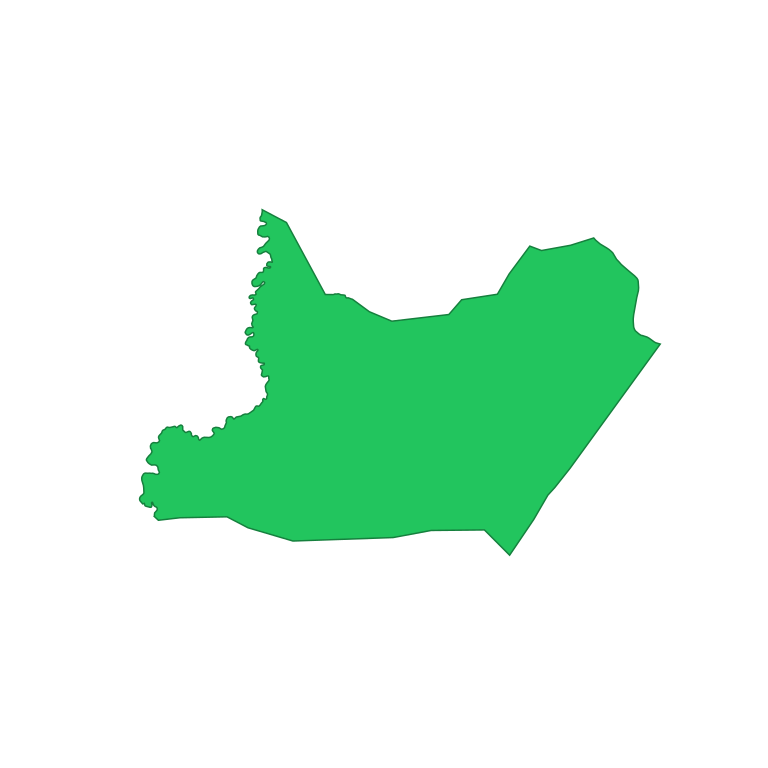 outline of Orxon, Selenge, Mongolia, rotated 321°
{"feature_id": "93677404B79520329035093", "entity_name": "Orxon", "entity_type": "district", "adm_level": 2, "iso_a3": "MNG", "parent_name": "Mongolia", "parent_adm1": "Selenge", "projection": "robinson", "projection_center": [105.368, 49.049], "detail": "fine", "context": "isolated", "style": "filled", "palette": "green", "viewbox_px": 768, "rotation_deg": 321, "n_neighbors": 0, "source": "geoboundaries", "source_scale": "gbopen_adm2", "svg_char_len": 6171}
<svg xmlns="http://www.w3.org/2000/svg" viewBox="0 0 768 768"><g transform="rotate(321 384 384)"><path d="M121.0,325.3L122.6,326.0L122.0,327.2L121.7,328.3L122.1,329.2L124.6,332.6L125.3,333.1L125.8,333.2L126.9,332.6L127.8,331.6L128.5,330.1L129.2,329.9L129.4,330.0L129.6,330.3L128.8,333.0L128.7,333.9L128.9,335.0L129.4,335.9L129.7,337.0L129.4,338.1L128.8,338.8L127.9,339.3L124.7,339.8L123.3,341.1L122.9,341.8L122.1,342.1L122.9,347.9L141.2,359.5L178.4,388.4L187.8,410.1L214.4,448.7L294.5,509.1L328.5,527.5L370.2,560.6L373.9,596.1L415.2,583.5L441.4,573.5L451.8,571.9L475.5,566.6L623.8,526.8L621.1,522.9L620.5,521.4L618.9,515.4L618.0,513.1L615.4,509.1L614.3,507.8L613.6,505.4L612.8,500.9L613.0,499.5L613.5,497.8L614.0,496.7L616.9,492.5L618.7,490.2L621.6,487.3L634.8,475.9L640.4,471.6L642.4,469.5L646.2,464.1L646.8,462.9L647.1,461.0L646.8,457.6L645.1,449.0L643.6,440.4L643.5,437.2L643.2,433.4L644.3,426.1L644.1,424.2L643.5,421.0L642.7,418.4L640.1,411.3L639.0,405.5L638.9,402.5L616.3,393.6L590.4,379.4L584.1,368.6L550.6,377.2L528.6,385.6L497.4,367.4L478.1,370.8L429.6,340.1L418.1,318.6L412.8,298.3L412.2,297.5L410.5,294.6L409.1,293.6L408.8,292.8L409.5,290.6L408.9,289.7L406.6,287.5L405.7,285.7L405.1,285.0L403.9,284.4L402.5,283.1L401.7,283.0L400.6,282.4L394.7,277.5L409.8,197.1L399.0,171.9L397.9,173.4L395.2,175.7L394.4,176.2L392.9,176.5L392.1,177.0L390.7,179.1L390.7,179.4L390.9,179.8L393.2,182.5L393.4,183.4L394.0,184.2L393.6,185.4L393.1,185.8L391.7,185.9L390.8,185.6L389.8,185.1L387.5,183.6L386.0,183.6L383.4,184.6L382.1,185.7L380.6,187.7L380.2,188.5L380.3,189.3L381.1,190.4L382.2,193.2L384.2,194.9L385.3,195.5L386.5,196.0L387.0,197.6L386.7,198.5L386.2,199.2L385.4,199.7L384.6,199.9L380.5,200.3L377.1,201.2L375.6,201.0L373.0,200.0L371.1,200.2L369.7,200.7L368.7,201.6L368.4,202.4L368.4,203.4L368.7,204.2L369.6,204.9L370.7,205.4L372.8,205.6L375.2,206.4L375.8,206.7L376.1,207.5L377.2,211.2L377.0,212.2L375.7,214.7L375.5,216.1L374.6,217.5L374.1,218.8L373.9,219.0L373.6,219.0L372.4,217.5L371.0,216.5L370.4,216.4L368.7,216.8L367.5,218.0L367.5,218.5L368.0,219.7L369.6,221.3L369.5,221.7L369.1,222.0L368.5,222.1L367.4,221.5L365.7,219.2L365.1,218.7L364.1,218.3L363.1,218.5L361.6,220.3L360.5,220.9L359.8,220.8L357.7,219.1L356.6,218.9L355.2,219.1L353.2,219.8L351.4,221.0L350.5,221.0L347.9,220.7L346.9,220.8L345.8,221.4L344.6,222.9L344.2,224.0L344.0,225.0L344.3,226.2L344.9,227.0L347.4,228.6L350.4,229.2L353.8,228.4L354.5,228.4L354.9,228.8L355.2,229.7L355.1,230.2L353.9,230.9L348.9,230.6L346.8,231.1L342.6,231.4L342.1,231.6L341.8,232.0L341.2,233.6L340.8,233.8L339.5,233.5L337.7,231.9L336.0,231.1L334.9,231.2L334.2,231.4L333.5,232.1L333.4,232.5L333.5,233.0L334.0,233.6L334.8,233.8L336.3,234.5L336.3,235.4L335.9,236.1L335.5,236.3L333.3,236.2L332.3,236.4L331.5,236.8L331.1,237.5L331.0,238.9L331.5,239.4L334.3,241.0L334.5,241.4L334.6,241.8L334.4,242.2L333.6,242.7L331.2,243.4L330.7,243.9L330.4,244.6L330.3,246.1L330.4,246.7L330.8,247.2L331.1,248.1L330.5,248.8L330.1,249.2L329.5,249.5L329.0,249.4L327.0,248.5L325.9,248.3L324.9,248.4L324.2,248.7L323.5,249.3L322.2,251.9L321.8,252.3L319.2,253.8L318.3,255.6L318.2,257.1L318.1,257.5L317.8,257.6L317.4,257.6L314.9,255.4L313.7,254.9L312.8,254.8L311.6,255.0L309.0,256.2L308.4,256.8L308.2,259.1L308.7,260.0L309.4,260.6L310.6,261.0L314.1,261.3L314.6,261.6L314.8,262.0L314.7,262.6L314.2,263.5L313.2,264.4L312.8,264.6L311.7,264.5L311.0,264.2L309.3,263.0L307.9,262.6L305.9,263.1L304.9,263.8L303.7,264.1L302.5,264.7L301.8,265.3L301.5,265.8L301.5,266.5L302.3,267.8L302.6,268.9L303.3,269.9L302.3,271.3L302.3,272.7L302.6,273.9L303.5,275.7L304.1,276.4L304.8,276.7L307.0,277.2L307.5,277.5L307.6,277.8L307.4,278.2L306.9,278.7L304.9,279.0L303.9,279.6L303.1,280.4L302.4,281.6L302.3,282.3L302.9,283.9L303.0,284.7L302.7,285.2L301.0,286.9L300.6,287.6L300.6,288.3L301.1,289.5L303.1,291.7L303.8,292.2L304.0,292.6L303.4,293.3L302.8,293.5L300.6,292.5L300.1,292.4L299.4,292.5L298.6,293.2L298.2,294.3L298.4,296.6L297.4,297.4L297.0,297.9L294.5,299.7L294.2,300.4L294.6,302.0L294.9,302.7L296.7,303.8L298.5,304.4L299.1,304.9L299.2,305.4L298.9,306.0L298.1,306.9L297.5,308.2L297.0,308.7L296.5,308.9L293.1,309.7L291.5,310.3L290.2,311.2L287.7,315.5L287.5,316.2L287.5,317.2L287.2,318.4L286.4,319.3L284.6,320.3L284.1,321.1L283.6,321.5L282.5,321.5L282.0,320.9L281.4,319.6L280.8,319.5L279.9,319.8L279.5,320.3L279.4,320.8L279.0,321.2L278.2,321.5L276.8,321.7L274.0,322.5L272.5,322.4L271.5,321.1L270.6,320.7L269.5,320.9L266.2,322.3L260.2,321.9L259.3,321.6L258.4,321.1L257.5,320.2L256.6,319.7L255.2,319.2L252.6,318.9L248.4,316.7L245.7,316.9L245.2,316.6L245.2,314.2L244.5,313.0L242.6,311.8L241.5,311.6L240.7,311.7L238.6,312.8L237.8,313.7L237.6,314.4L237.1,314.9L234.2,316.4L232.9,317.4L232.2,317.6L230.9,317.6L229.3,317.0L228.2,314.1L226.9,312.7L226.0,311.8L223.7,310.9L222.9,310.9L221.6,311.7L221.3,312.4L221.2,314.6L221.0,315.5L220.3,315.9L218.2,316.4L215.9,316.2L214.3,315.4L210.8,312.3L209.6,311.8L208.1,311.5L206.0,311.8L205.2,311.5L205.2,310.2L205.8,309.2L206.1,308.2L206.1,306.9L205.7,306.2L205.1,305.5L202.7,304.9L202.3,304.5L202.1,303.7L202.5,301.9L203.2,301.2L203.4,299.3L203.2,298.6L202.6,298.0L199.7,297.1L199.3,296.8L199.1,296.3L198.7,293.6L198.8,292.9L200.8,290.4L200.9,289.2L200.7,288.6L200.2,288.0L199.1,287.7L198.2,287.5L195.7,287.6L195.4,287.4L195.2,286.9L195.0,285.6L194.6,285.1L193.8,284.7L193.0,284.4L190.5,283.2L189.7,282.6L188.4,281.1L187.5,280.9L185.2,281.4L183.2,280.8L182.1,281.0L180.4,282.1L176.7,282.6L175.4,283.3L174.9,284.1L173.9,286.8L172.5,287.3L170.9,287.0L169.9,286.4L168.2,284.6L166.9,284.1L165.4,284.1L163.4,285.2L162.8,286.1L162.1,287.2L162.1,288.1L161.3,290.2L160.8,290.8L158.8,291.6L155.9,291.9L153.0,292.6L152.1,293.0L151.5,293.5L151.3,294.5L151.1,296.6L151.4,298.3L152.3,300.7L154.7,302.4L155.7,303.5L156.0,304.4L156.0,306.2L154.8,308.2L154.3,309.4L154.2,310.5L153.8,311.4L152.2,312.0L151.3,311.8L149.7,310.5L148.9,308.9L148.1,307.8L146.8,306.9L145.8,305.8L144.0,304.5L142.7,303.2L141.7,302.7L140.5,302.6L138.8,303.2L137.2,304.0L136.3,304.9L135.2,306.5L133.2,311.4L131.9,313.5L129.1,317.3L128.4,317.8L127.3,318.1L124.4,318.1L123.0,318.5L121.8,319.4L121.2,320.3L120.9,321.3L121.0,325.3Z" fill="#22c55e" stroke="#15803d" stroke-width="1.5"/></g></svg>